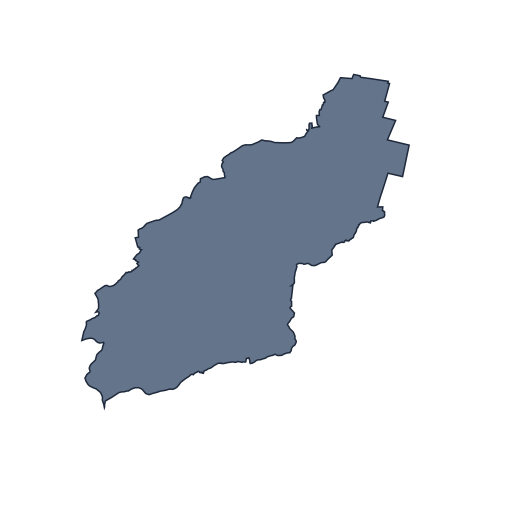 the district of Frumoasa, Harghita, Romania, rotated 140°
{"feature_id": "2599482B33040841725403", "entity_name": "Frumoasa", "entity_type": "district", "adm_level": 2, "iso_a3": "ROU", "parent_name": "Romania", "parent_adm1": "Harghita", "projection": "equal_earth", "projection_center": [25.919, 46.451], "detail": "fine", "context": "isolated", "style": "filled", "palette": "slate", "viewbox_px": 512, "rotation_deg": 140, "n_neighbors": 0, "source": "geoboundaries", "source_scale": "gbopen_adm2", "svg_char_len": 6138}
<svg xmlns="http://www.w3.org/2000/svg" viewBox="0 0 512 512"><g transform="rotate(140 256 256)"><path d="M76.7,338.3L81.4,336.3L89.9,333.8L92.6,334.5L101.1,336.2L102.5,333.8L102.8,332.9L102.7,332.2L103.1,331.1L104.4,329.5L105.5,330.2L106.4,329.3L107.5,328.6L108.0,329.0L112.1,326.3L113.0,327.1L114.7,326.1L115.4,325.4L115.5,325.1L117.1,323.0L119.4,324.8L121.2,322.5L124.1,317.7L124.3,317.2L124.2,314.2L124.6,314.3L126.2,315.6L131.0,318.1L130.0,318.7L129.3,319.6L128.2,321.5L127.8,321.9L129.7,323.3L130.7,322.7L132.1,321.2L133.1,319.8L135.2,318.3L136.0,320.1L136.2,319.8L135.9,319.5L135.7,318.7L137.0,318.0L139.4,317.4L141.8,316.4L144.9,317.5L147.4,318.8L148.8,320.4L154.1,319.9L156.4,320.5L160.9,323.9L168.8,330.9L170.7,334.0L172.9,336.5L175.4,338.8L175.7,339.5L177.1,341.2L180.8,341.8L187.5,343.9L189.2,345.0L192.7,348.0L195.6,349.3L202.7,349.9L207.4,350.6L208.7,351.2L211.5,351.2L213.6,351.6L217.6,351.9L220.5,350.9L220.6,348.9L222.4,348.7L224.5,347.1L225.0,346.2L225.7,343.4L226.8,342.0L226.7,340.2L227.6,339.1L229.3,336.0L238.3,341.2L240.0,342.7L240.3,343.2L241.9,347.7L242.5,348.4L244.8,349.9L247.6,350.4L248.0,350.8L248.9,350.9L251.2,348.5L253.6,349.0L259.3,347.9L263.9,345.8L268.2,343.3L268.2,342.9L269.1,342.6L269.7,342.7L269.6,343.2L270.1,343.5L270.2,344.2L270.7,344.5L270.9,345.3L271.6,346.2L272.2,346.7L273.9,347.2L274.9,346.8L276.4,345.9L276.4,345.7L276.8,345.6L279.3,343.6L280.4,343.5L281.1,343.0L282.6,342.5L286.5,342.1L292.6,342.9L306.8,345.8L308.1,346.3L308.9,347.2L310.5,348.0L318.5,351.1L321.6,350.9L323.2,350.5L324.9,350.6L326.2,350.8L327.4,351.4L329.7,351.6L333.9,345.9L336.8,347.6L340.8,338.9L339.6,337.3L340.9,336.6L340.3,335.2L339.7,334.4L340.7,334.3L343.6,333.2L346.2,333.6L351.8,332.5L351.6,332.0L350.7,330.8L350.7,330.2L351.2,330.0L350.0,326.9L352.0,326.9L352.1,326.0L351.9,323.9L354.6,323.8L355.7,324.1L355.9,323.9L356.9,323.8L357.6,324.2L358.0,324.0L358.4,324.1L358.8,324.0L360.0,324.1L360.2,324.6L360.7,324.3L361.7,324.2L362.9,324.7L363.1,325.1L363.6,325.3L364.0,325.8L365.0,325.7L366.0,326.9L369.4,326.2L371.6,326.2L373.9,325.4L375.2,325.2L377.8,325.4L378.6,324.9L380.5,324.9L381.0,324.7L382.9,325.0L383.4,324.7L387.3,326.3L388.7,328.0L389.0,329.2L390.8,330.4L398.6,331.2L399.2,331.5L402.4,330.9L403.3,331.0L403.4,330.9L404.6,324.7L407.9,319.8L410.4,317.0L414.9,315.9L413.0,315.1L412.4,313.8L412.6,313.2L413.9,312.6L414.5,312.0L414.9,311.8L416.5,312.5L418.7,312.3L421.8,313.4L424.6,313.8L425.2,314.1L426.2,314.3L427.6,314.8L428.1,314.6L428.8,314.2L429.6,312.8L430.7,311.8L433.4,310.1L436.7,308.6L443.8,303.2L439.4,301.7L436.1,299.8L435.3,299.2L434.4,298.2L433.5,296.5L433.2,294.7L433.3,293.6L432.8,291.5L431.6,289.7L428.4,287.8L428.3,287.5L428.7,287.0L429.7,286.3L431.2,285.5L433.6,283.6L434.4,283.2L435.4,283.0L437.7,283.1L440.3,282.9L441.5,282.6L442.5,282.0L445.9,279.5L451.5,279.2L453.2,278.8L455.6,277.5L456.1,276.9L457.0,274.7L457.5,274.1L458.1,273.9L460.1,274.0L461.8,273.9L465.5,272.4L466.7,269.4L467.2,266.0L467.2,264.6L467.0,263.4L465.7,260.3L463.8,256.8L462.9,251.7L463.1,250.1L464.1,247.0L464.9,245.9L466.3,244.5L468.2,239.8L469.6,237.3L469.1,237.6L467.8,239.2L465.3,241.2L464.7,241.6L464.0,241.7L457.7,240.5L448.9,239.5L446.5,238.4L443.9,236.5L441.4,235.4L440.5,234.6L438.5,234.4L435.2,233.6L434.4,233.1L433.5,233.0L433.1,232.8L432.6,232.1L430.8,230.9L429.7,229.0L428.9,226.9L428.8,226.1L428.9,225.3L428.9,221.8L428.3,220.5L427.1,218.6L426.5,218.2L423.6,217.2L419.2,215.1L416.2,214.0L411.5,211.2L408.4,209.9L407.5,209.4L406.8,208.6L405.7,207.6L404.1,206.8L401.3,206.3L398.4,206.7L395.3,207.5L394.2,207.6L389.2,207.4L384.5,206.8L382.5,207.0L381.6,206.8L380.8,206.2L380.3,205.3L378.9,205.6L378.1,205.6L375.7,204.9L374.5,204.9L374.0,204.2L373.9,203.6L374.1,203.0L373.5,202.4L373.0,202.2L373.3,202.1L373.1,201.8L372.3,201.6L371.8,200.4L372.1,200.3L371.9,200.0L371.6,200.0L369.9,201.2L369.1,201.2L367.9,200.7L366.6,200.4L364.8,200.3L363.9,199.7L362.0,199.2L358.4,199.0L353.7,198.1L352.5,196.9L351.7,196.6L351.7,196.1L350.5,194.8L348.6,193.7L347.1,193.0L342.2,190.1L340.3,187.9L339.2,187.2L338.0,187.1L336.0,184.8L335.3,183.7L333.7,183.0L332.5,181.7L331.8,181.5L329.2,183.7L328.7,183.2L326.9,182.7L328.1,179.6L329.2,178.3L329.5,177.3L329.1,177.2L328.0,176.4L325.7,175.8L323.3,175.8L321.5,175.3L319.1,173.6L316.9,172.8L314.6,171.7L312.3,171.5L309.3,170.4L306.7,169.0L304.7,168.6L303.4,165.9L302.4,164.9L302.0,164.8L301.5,164.5L300.9,163.8L299.6,163.2L297.5,163.0L296.7,162.5L294.7,161.8L292.1,160.1L291.4,160.6L290.1,160.7L288.5,162.1L287.5,162.7L285.8,163.1L284.8,162.9L283.6,162.8L280.9,164.0L280.2,164.5L279.7,165.6L279.3,167.7L279.1,168.1L277.7,169.4L276.6,172.6L276.3,174.4L276.7,177.4L276.8,178.9L276.3,180.5L276.2,181.4L276.0,183.3L273.8,184.1L272.9,184.0L268.8,185.5L266.2,185.2L263.2,187.6L263.4,194.3L262.1,194.9L261.0,194.6L257.8,198.5L258.1,199.7L257.1,200.7L256.3,200.6L246.8,209.6L248.0,210.5L245.0,210.4L243.8,210.8L240.3,215.1L238.7,216.3L236.7,218.2L235.2,219.1L231.4,221.6L231.1,222.6L230.3,223.5L227.8,222.7L226.7,221.8L225.2,220.3L224.6,218.8L221.2,217.1L220.6,216.4L219.8,214.1L219.6,213.2L217.3,210.9L215.4,210.2L210.5,209.1L207.4,207.0L205.6,206.9L204.3,207.2L197.0,207.7L194.2,211.8L190.1,212.8L189.6,213.2L188.8,213.1L187.5,213.8L187.3,213.6L181.0,211.4L180.8,210.5L179.2,209.8L177.9,210.6L176.7,210.2L176.9,209.5L176.4,209.1L176.1,209.0L175.7,208.2L174.8,207.8L173.6,208.2L172.6,207.8L171.5,208.0L170.6,207.6L169.4,207.7L167.1,209.3L165.3,209.6L165.1,209.9L163.7,210.2L162.7,211.0L162.1,211.3L161.9,211.7L160.6,212.5L159.7,212.3L159.1,212.8L157.4,213.4L157.3,213.8L156.6,213.6L155.0,214.1L153.8,213.5L153.2,213.5L151.7,212.3L148.7,210.5L148.1,209.2L147.6,209.2L147.3,208.6L147.4,208.2L147.1,207.8L145.5,209.0L143.5,207.6L143.6,207.0L140.9,206.0L136.8,205.1L134.7,204.1L132.8,203.6L131.3,204.4L129.9,206.3L129.7,207.0L129.2,207.0L129.3,208.6L129.6,209.1L130.0,209.4L127.3,212.1L131.4,215.5L122.7,221.4L118.1,224.2L101.7,234.6L92.7,222.6L67.4,242.5L80.7,260.5L61.9,270.1L69.7,280.8L55.7,288.9L58.0,291.8L42.8,302.3L44.0,303.8L42.4,304.8L54.8,318.9L60.9,325.6L60.8,326.7L60.4,327.1L64.5,332.3L68.4,330.2L76.7,338.3Z" fill="#64748b" stroke="#1e293b" stroke-width="1.5"/></g></svg>